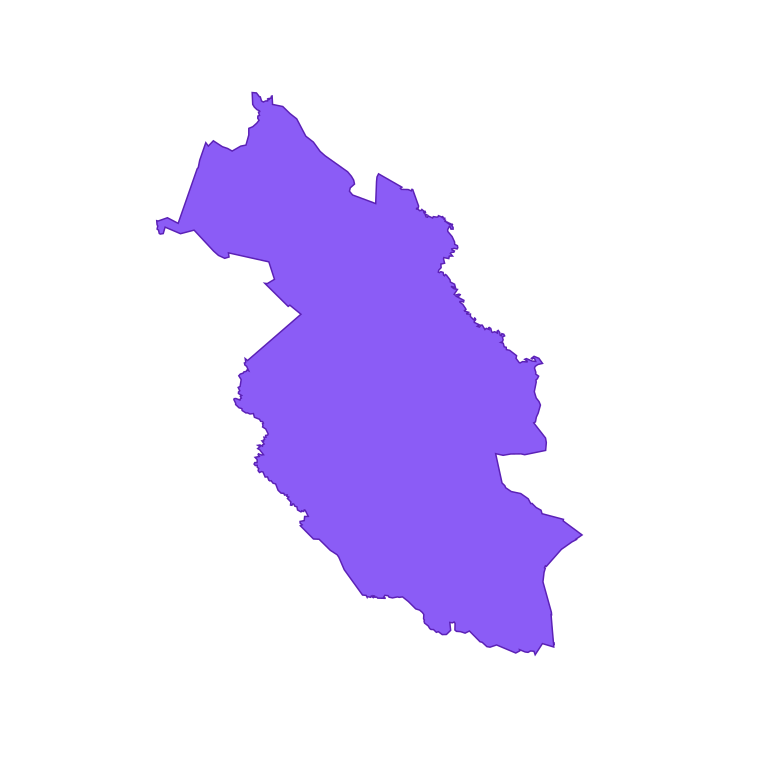 Vaives pag., Cesu, Latvia (Robinson projection), rotated 210°
{"feature_id": "27541924B73856570603331", "entity_name": "Vaives pag.", "entity_type": "district", "adm_level": 2, "iso_a3": "LVA", "parent_name": "Latvia", "parent_adm1": "Cesu", "projection": "robinson", "projection_center": [25.436, 57.231], "detail": "fine", "context": "isolated", "style": "filled", "palette": "violet", "viewbox_px": 768, "rotation_deg": 210, "n_neighbors": 0, "source": "geoboundaries", "source_scale": "gbopen_adm2", "svg_char_len": 6159}
<svg xmlns="http://www.w3.org/2000/svg" viewBox="0 0 768 768"><g transform="rotate(210 384 384)"><path d="M449.7,246.0L447.6,245.1L446.3,246.9L444.8,247.3L440.4,244.0L438.4,245.3L435.7,243.1L434.4,243.0L433.4,243.8L430.5,242.6L427.9,243.3L422.6,239.0L418.6,238.0L416.1,239.2L414.6,238.1L412.4,239.5L412.1,238.2L410.0,238.4L410.4,236.6L405.7,235.3L404.4,232.4L403.1,232.9L403.1,234.5L402.2,234.9L400.1,233.6L398.0,234.1L395.9,231.7L392.1,231.7L391.5,232.3L391.8,233.1L389.8,233.5L390.1,235.1L389.2,235.3L383.4,231.5L386.5,229.6L384.8,225.8L388.0,223.0L387.1,221.6L384.5,221.1L385.6,219.4L367.6,214.5L362.6,217.1L347.3,213.1L339.2,212.7L336.5,211.4L325.6,203.3L297.1,190.5L293.8,192.0L291.9,190.8L292.0,191.6L288.9,192.6L289.0,194.0L286.5,193.6L286.4,194.3L287.5,195.2L286.1,195.7L285.2,194.8L283.8,195.8L282.4,195.4L275.4,199.2L277.7,199.2L277.6,201.4L274.7,202.7L273.0,201.9L269.7,203.0L265.8,206.4L264.2,206.8L261.5,208.9L254.2,207.8L244.1,205.1L240.1,206.0L236.5,205.3L234.3,204.3L232.3,200.4L231.0,199.8L230.8,198.7L229.3,197.2L224.8,196.6L222.1,195.1L220.6,194.9L218.3,196.1L214.5,195.1L213.1,196.7L208.3,196.1L204.7,198.3L203.1,204.0L207.8,210.4L205.3,211.4L204.3,212.9L202.8,212.3L199.6,206.4L197.6,206.0L193.9,207.8L189.2,208.8L186.5,212.8L172.0,208.8L169.8,209.4L163.6,208.0L160.6,209.1L156.0,214.3L135.4,216.9L133.0,220.7L133.9,221.7L127.8,222.5L125.1,223.6L123.6,226.1L120.5,227.5L117.7,225.1L117.0,238.4L105.5,241.1L107.0,243.4L106.4,243.6L107.3,244.9L107.9,244.7L114.5,254.1L124.0,267.8L123.5,268.0L124.9,270.0L147.4,292.1L151.2,300.9L152.2,305.1L153.1,305.1L153.3,307.2L152.2,307.2L147.7,329.5L142.4,341.0L139.6,345.5L140.2,345.6L137.0,352.3L160.4,355.0L160.9,356.5L182.3,350.7L184.9,353.2L190.5,353.1L196.1,354.6L197.1,353.8L201.7,356.7L210.8,357.5L220.0,354.5L226.8,355.0L228.6,356.4L232.3,357.3L252.5,379.5L245.2,381.8L239.3,386.7L230.4,392.0L226.8,393.1L210.8,407.3L214.1,414.4L217.1,418.0L234.9,425.2L233.9,426.9L235.5,431.5L235.9,435.9L238.0,444.0L241.0,446.3L245.2,448.0L250.0,452.5L253.1,461.7L254.4,463.5L253.8,465.2L254.0,468.1L257.6,468.5L258.4,470.1L261.7,473.1L261.8,475.0L260.5,477.8L257.0,481.1L262.7,483.7L267.9,483.0L269.2,479.9L268.2,479.7L267.5,481.0L266.3,481.3L263.9,479.4L267.0,478.0L273.4,477.2L274.5,475.7L271.4,475.4L271.2,474.6L275.2,472.7L276.6,470.4L277.5,470.1L282.5,472.2L283.3,474.8L292.0,476.0L295.2,475.0L296.5,476.9L298.5,476.3L301.1,478.9L303.7,478.4L302.6,479.8L302.9,481.8L304.9,483.8L303.6,486.0L305.2,487.0L307.1,486.5L306.5,484.6L307.6,484.2L309.6,486.5L311.9,487.5L312.4,486.3L311.2,484.8L314.3,484.6L315.8,482.9L316.8,483.0L319.3,485.5L321.2,485.6L321.5,485.0L320.3,483.8L323.3,483.3L323.8,481.6L328.3,484.1L329.5,483.5L329.8,481.0L332.1,480.6L331.0,482.9L336.6,482.5L337.1,483.3L336.8,485.6L337.7,486.4L338.5,486.4L338.0,484.8L338.5,484.5L343.0,485.7L344.1,487.8L347.1,486.0L347.6,486.4L346.6,488.4L350.5,487.5L351.0,487.7L350.3,489.6L351.0,490.1L355.5,492.3L359.2,492.8L359.5,493.3L358.3,494.3L356.1,494.8L356.6,496.4L364.7,496.1L362.7,498.2L362.7,499.5L364.0,499.3L366.7,496.6L368.1,496.7L367.7,502.6L371.0,501.5L374.8,502.0L370.4,503.3L372.8,505.7L377.5,505.5L378.9,507.2L384.3,509.5L385.6,509.5L385.7,508.0L386.7,508.0L388.6,510.2L390.9,509.7L391.8,508.1L392.9,508.0L393.5,509.8L392.7,513.3L394.7,516.3L391.9,518.9L395.0,522.1L395.4,523.4L390.6,525.0L391.4,527.4L388.6,529.1L391.9,530.3L391.5,531.6L389.4,533.1L389.5,534.4L392.2,534.1L392.9,534.9L391.0,536.6L388.2,537.5L388.2,538.9L389.6,540.5L392.6,540.3L393.9,542.3L398.7,545.7L405.0,548.0L406.0,549.4L406.2,553.0L405.3,553.2L403.4,551.6L401.6,552.7L402.5,554.2L404.4,555.0L404.4,556.3L404.9,556.5L406.1,555.1L406.4,556.1L408.0,555.9L407.6,555.1L409.4,555.2L408.9,555.7L409.7,555.9L412.4,555.3L412.6,556.6L414.2,556.6L414.2,557.9L417.3,557.1L416.3,558.0L416.9,558.3L417.6,557.5L421.0,557.0L420.7,556.1L421.5,555.0L425.0,553.6L424.9,552.1L429.9,551.6L429.7,550.2L431.2,549.8L432.4,550.8L431.4,551.9L434.1,551.8L435.3,552.6L434.0,553.4L434.8,554.1L435.8,553.6L438.5,554.1L438.6,552.9L439.9,551.9L441.6,552.4L443.3,551.8L443.6,552.4L442.4,553.7L443.0,555.4L456.3,566.7L457.1,566.6L457.0,564.9L460.3,564.5L466.3,561.2L467.6,561.6L466.9,563.4L493.8,563.3L493.6,559.8L491.7,555.6L481.4,536.1L505.7,532.0L510.3,533.7L511.3,537.0L509.5,542.4L512.2,545.4L516.1,547.6L521.6,549.6L549.2,552.2L555.6,553.5L566.1,558.2L575.6,559.5L592.2,570.0L600.7,571.2L610.4,573.7L620.3,570.4L624.9,577.5L625.4,577.0L624.9,574.9L627.0,573.2L625.9,572.9L626.9,571.8L626.4,570.9L628.1,569.9L629.5,567.9L631.6,567.9L634.7,570.8L635.6,570.5L640.0,572.3L643.9,570.5L637.5,560.5L634.6,558.9L631.1,558.1L628.3,558.3L627.8,557.8L628.6,556.6L626.1,554.4L627.2,553.0L626.2,551.0L624.1,549.9L624.6,546.3L626.3,541.2L628.9,537.8L625.6,532.0L623.0,521.9L627.0,518.4L632.0,509.8L637.1,509.8L642.6,508.7L653.4,509.3L655.1,502.2L659.0,503.9L655.5,485.7L653.1,478.6L653.4,476.9L642.6,420.2L654.7,419.7L661.1,412.2L662.5,411.8L660.2,408.5L658.9,407.7L658.0,404.7L656.2,404.5L653.9,402.0L652.7,402.0L650.4,403.9L652.0,410.4L635.4,412.4L625.4,422.3L598.0,413.9L591.7,412.6L584.8,413.2L581.7,416.5L584.3,419.8L544.8,432.2L531.2,419.9L535.3,412.6L537.6,411.6L505.8,403.3L504.9,405.2L490.8,402.9L513.9,336.1L516.9,336.6L514.9,334.1L514.6,333.3L515.4,332.4L514.0,330.9L511.8,330.6L507.8,327.8L509.6,327.7L509.7,326.0L511.4,324.4L511.5,322.9L513.4,320.8L513.9,318.5L509.9,316.4L507.4,309.9L508.6,308.1L505.5,306.0L506.0,304.3L505.3,303.0L501.5,302.9L502.3,301.5L500.5,300.4L501.0,299.4L500.7,298.1L505.0,297.4L506.4,296.4L506.2,295.4L502.9,293.2L502.2,292.0L497.7,290.9L494.8,291.6L493.6,290.1L489.0,289.9L488.1,290.7L485.1,291.0L482.3,293.1L479.6,290.4L474.2,291.2L472.1,290.0L470.3,290.7L468.9,289.8L469.4,288.9L468.2,287.8L467.7,286.1L463.9,285.9L459.4,282.9L459.2,281.6L460.8,280.3L459.6,278.9L461.4,277.9L459.7,276.3L460.4,275.1L459.8,274.4L461.2,273.7L457.8,272.1L458.7,270.6L458.2,269.4L460.9,269.2L462.6,267.8L460.1,267.7L461.1,264.9L458.8,264.9L453.0,262.5L454.5,261.3L457.8,260.8L457.7,259.9L455.8,258.9L459.0,256.0L456.0,255.1L454.6,252.5L456.6,251.4L456.5,249.7L454.7,249.0L453.1,250.2L452.2,248.6L450.3,248.2L449.7,246.0Z" fill="#8b5cf6" stroke="#5b21b6" stroke-width="1.5"/></g></svg>